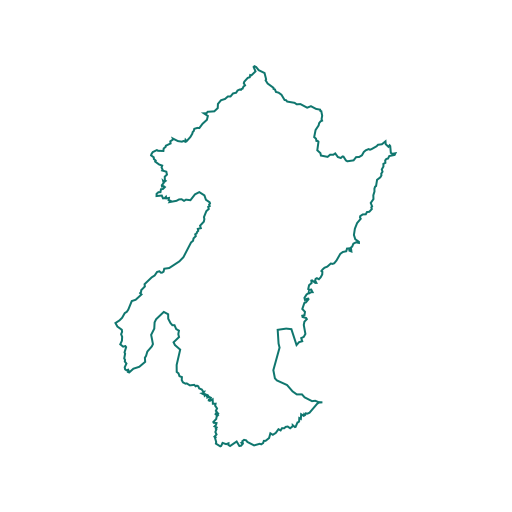 Nam Nao, Phetchabun, Thailand (Natural Earth projection), rotated 41°
{"feature_id": "78962969B52588762248299", "entity_name": "Nam Nao", "entity_type": "district", "adm_level": 2, "iso_a3": "THA", "parent_name": "Thailand", "parent_adm1": "Phetchabun", "projection": "natural_earth1", "projection_center": [101.615, 16.847], "detail": "fine", "context": "isolated", "style": "outline", "palette": "teal", "viewbox_px": 512, "rotation_deg": 41, "n_neighbors": 0, "source": "geoboundaries", "source_scale": "gbopen_adm2", "svg_char_len": 6148}
<svg xmlns="http://www.w3.org/2000/svg" viewBox="0 0 512 512"><g transform="rotate(41 256 256)"><path d="M368.1,410.3L369.2,409.0L369.2,406.5L367.8,406.5L368.4,405.6L367.2,404.8L367.6,402.6L369.5,401.6L371.5,402.0L378.8,400.2L382.0,395.3L383.5,394.7L384.1,392.5L383.2,390.4L384.5,389.2L385.3,384.8L383.2,380.4L386.0,379.9L387.0,376.6L386.6,372.0L389.0,371.5L388.6,368.9L390.3,367.5L390.5,365.5L391.8,363.9L394.8,363.6L395.4,360.4L394.7,359.6L397.6,359.6L398.0,359.0L396.5,354.4L397.1,353.5L396.9,352.3L395.0,349.9L396.7,349.5L393.9,345.8L396.6,345.4L396.2,344.2L397.1,344.6L397.4,343.7L396.8,342.1L398.2,341.3L399.2,339.2L399.1,327.5L399.6,325.4L402.1,322.9L399.0,325.3L395.7,326.4L393.5,328.8L385.4,330.8L381.5,330.3L377.6,333.7L372.4,334.2L364.1,333.0L353.4,336.2L350.5,335.9L344.0,330.8L333.9,309.7L330.5,307.3L320.8,297.5L326.4,291.0L330.7,288.0L345.0,296.6L345.0,292.8L346.8,290.0L344.0,288.3L345.1,285.7L344.4,282.4L337.3,276.7L335.6,273.8L335.8,270.3L334.5,269.9L331.2,271.5L330.1,270.7L331.4,268.9L329.6,266.0L325.7,265.6L323.3,259.7L324.1,258.3L324.0,254.2L323.4,253.9L322.4,255.1L321.9,257.1L320.0,255.8L319.4,251.7L320.1,249.8L319.5,248.6L320.7,249.0L321.3,247.2L322.4,246.2L319.7,245.1L318.6,246.5L317.1,246.7L315.2,243.2L315.7,239.9L313.9,238.3L314.3,237.6L318.4,237.4L319.2,236.7L316.7,235.7L316.0,234.1L316.5,232.8L318.7,232.3L318.8,229.7L318.1,226.5L316.5,224.4L315.2,224.4L315.1,222.4L315.4,219.9L316.8,217.2L317.4,212.6L318.9,211.8L319.8,210.2L319.7,206.6L318.2,199.1L318.9,196.0L321.0,193.2L319.8,190.7L321.3,189.1L323.0,190.7L325.0,190.0L322.1,187.4L322.4,185.8L321.4,182.8L322.5,180.1L325.1,178.6L324.4,177.8L319.9,178.2L316.1,175.9L312.7,170.5L310.7,164.8L310.6,159.2L309.1,158.6L308.5,157.5L309.3,154.6L311.5,152.5L310.9,150.1L312.5,148.3L312.6,144.6L311.1,143.6L311.1,142.4L307.8,140.7L307.3,136.0L304.7,133.2L303.1,129.6L301.2,127.5L300.4,125.5L300.7,124.4L297.4,119.1L298.2,115.1L297.8,112.9L296.5,111.7L296.2,109.4L294.1,108.1L293.5,104.9L291.7,102.9L292.5,100.8L290.8,99.1L290.7,97.2L291.7,95.9L291.0,93.1L294.3,88.8L293.8,87.0L291.9,89.4L290.1,89.7L285.2,85.0L284.2,84.8L284.3,86.7L280.5,86.5L278.5,84.5L277.7,89.1L275.1,92.0L275.0,94.1L273.1,99.5L272.3,101.0L270.9,101.4L269.5,104.2L269.1,106.7L269.9,110.5L268.9,113.6L266.7,115.7L266.9,119.8L262.8,124.6L261.2,124.9L256.8,123.6L256.0,124.1L255.7,126.4L252.9,127.6L248.5,126.6L247.9,128.9L245.5,130.9L245.0,134.2L239.1,137.6L237.1,136.1L232.9,136.0L228.2,128.8L227.0,128.7L226.1,129.5L224.3,128.1L221.9,128.1L218.3,121.8L217.6,116.4L216.5,114.3L216.4,111.9L217.1,110.5L215.7,109.7L213.9,106.7L210.3,103.9L209.4,104.3L208.4,103.5L204.8,105.6L199.2,106.9L197.3,110.5L189.9,112.2L187.2,114.8L184.6,115.1L178.2,119.0L176.5,118.7L175.2,119.5L169.4,117.6L165.9,117.9L163.4,119.1L161.1,117.9L159.6,118.4L158.8,117.6L151.6,118.2L148.0,117.1L147.7,116.0L142.4,112.3L136.1,114.0L132.2,113.3L130.3,113.8L130.2,114.9L134.5,117.0L134.0,122.7L132.9,123.2L134.0,125.2L132.9,127.0L132.8,132.1L133.4,133.6L135.8,134.4L135.4,136.3L136.1,138.6L135.4,139.5L135.6,140.5L134.5,141.0L133.5,143.2L133.9,145.8L132.0,148.4L132.1,152.3L130.1,154.1L129.6,157.8L127.4,161.4L127.5,166.2L130.1,169.5L129.6,174.2L124.9,178.9L125.0,180.7L123.1,182.5L127.8,181.9L129.6,185.4L128.9,191.3L129.3,196.6L127.7,197.8L126.0,200.5L127.0,202.5L126.9,204.0L127.7,205.5L128.4,209.3L128.3,214.9L126.6,214.6L127.5,216.2L125.8,216.8L125.1,218.3L121.7,220.5L116.2,221.9L117.0,222.3L116.1,225.7L117.7,227.1L115.6,231.9L116.2,232.9L115.8,235.4L117.2,237.5L113.0,240.9L111.7,241.1L109.9,245.3L110.2,247.5L110.8,248.9L114.1,248.6L115.3,249.8L117.7,249.8L118.0,250.9L122.9,250.5L125.9,249.3L126.6,251.1L129.0,252.2L129.1,253.0L133.0,251.2L135.4,253.0L135.1,256.0L137.6,258.7L138.5,258.6L138.2,260.2L136.6,260.2L138.4,261.5L138.5,264.4L139.5,265.2L140.5,263.9L142.0,263.8L141.8,266.5L140.5,268.0L142.0,270.5L140.5,271.9L140.2,274.3L141.6,276.0L145.2,272.2L148.0,273.5L149.1,272.4L149.2,270.4L150.5,271.4L152.2,269.3L153.4,271.2L155.1,270.5L155.4,272.0L159.8,266.5L160.8,263.8L162.6,262.0L165.5,261.6L166.2,259.4L169.9,256.9L169.5,249.5L171.3,245.0L177.3,244.1L181.3,246.4L185.8,245.9L186.8,246.5L186.9,248.0L188.3,248.7L187.7,250.3L189.5,251.5L189.1,254.7L191.2,260.8L192.8,262.0L194.1,264.3L193.9,269.8L196.1,271.2L194.3,273.7L195.9,274.9L195.8,276.8L196.4,277.8L195.9,279.5L197.5,280.5L197.3,283.7L198.5,285.8L198.1,288.4L202.0,304.5L201.7,310.3L198.4,322.0L195.1,325.8L196.5,328.5L196.0,330.2L195.1,331.0L193.1,330.9L191.8,333.0L192.3,337.2L191.3,340.5L190.4,350.4L192.1,351.9L191.8,357.1L192.9,358.6L192.9,360.0L194.8,360.1L193.9,368.0L191.8,371.5L194.8,380.3L195.1,382.9L194.4,385.2L195.5,390.5L195.2,394.3L193.9,398.8L197.7,400.2L203.1,399.7L204.7,401.1L205.5,403.5L208.0,404.8L210.4,407.9L211.5,411.7L215.2,411.6L216.5,409.7L217.8,410.0L220.0,415.0L221.3,415.6L223.7,419.7L225.3,420.3L226.2,421.7L228.8,422.2L229.9,426.1L231.6,427.4L233.4,427.2L234.1,425.7L235.0,426.1L235.5,427.5L236.7,427.1L237.4,421.5L240.6,416.2L241.8,408.6L238.9,405.7L238.6,403.6L236.7,399.4L236.7,392.6L236.0,390.1L228.6,384.3L226.9,377.6L223.0,372.6L222.1,369.2L223.1,358.7L227.9,357.6L230.9,360.9L235.4,362.7L238.3,363.1L239.9,361.7L243.7,363.5L246.8,362.9L248.6,365.9L251.1,367.7L250.4,375.2L253.2,376.4L260.2,376.4L267.6,390.3L272.2,395.5L274.5,395.4L277.1,396.9L279.5,396.0L281.4,398.4L283.8,399.3L286.6,398.6L287.3,397.6L291.0,397.0L293.9,393.8L296.0,393.9L296.5,392.6L297.9,392.2L300.0,393.2L302.7,392.3L305.4,393.1L305.9,392.5L306.2,394.1L305.4,395.2L307.3,394.8L307.9,393.9L309.0,395.0L309.3,393.4L310.1,393.0L310.9,393.9L311.4,392.8L312.0,393.0L312.4,394.2L313.0,393.1L314.9,392.6L315.2,394.3L314.7,395.3L315.1,396.0L316.2,395.6L317.3,392.6L320.4,395.8L322.4,394.0L323.4,395.8L326.6,396.6L327.3,399.2L330.2,399.7L329.0,401.0L329.2,401.9L330.7,401.9L331.8,400.1L331.6,402.9L332.9,405.1L332.7,409.3L333.5,409.6L335.8,408.0L336.6,409.6L336.5,411.8L338.8,411.2L339.0,412.8L339.8,412.8L340.8,415.5L343.3,416.6L343.2,419.6L344.5,419.4L344.6,420.3L348.0,422.5L348.8,423.9L353.9,423.1L354.3,422.2L353.4,419.0L356.9,417.6L358.1,415.4L359.2,416.7L361.1,416.4L363.1,408.7L368.1,410.3Z" fill="none" stroke="#0f766e" stroke-width="2"/></g></svg>